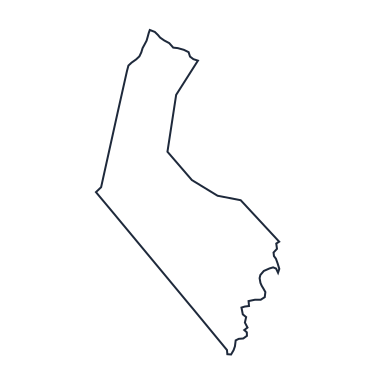 outline of Bernardo do Mearim, Maranhão, Brazil, rotated 35°
{"feature_id": "56859067B26424941839767", "entity_name": "Bernardo do Mearim", "entity_type": "district", "adm_level": 2, "iso_a3": "BRA", "parent_name": "Brazil", "parent_adm1": "Maranhão", "projection": "mercator", "projection_center": [-44.665, -4.668], "detail": "fine", "context": "isolated", "style": "outline", "palette": "slate", "viewbox_px": 384, "rotation_deg": 35, "n_neighbors": 0, "source": "geoboundaries", "source_scale": "gbopen_adm2", "svg_char_len": 1063}
<svg xmlns="http://www.w3.org/2000/svg" viewBox="0 0 384 384"><g transform="rotate(35 192 192)"><path d="M121.5,81.0L116.9,82.4L112.7,82.2L109.0,79.4L103.8,80.2L97.8,82.3L93.8,84.5L88.0,83.1L82.3,83.8L77.3,83.8L74.0,82.9L69.7,82.2L64.5,83.5L65.4,86.7L66.6,90.0L68.0,94.1L68.5,98.1L69.0,102.5L70.4,106.8L71.1,111.1L70.2,115.4L68.3,120.7L67.4,124.9L69.3,130.1L85.2,168.8L114.8,240.2L113.4,247.2L136.7,253.5L215.4,275.0L255.2,285.9L259.0,286.9L311.3,301.4L314.0,304.6L317.2,302.7L316.8,297.8L315.7,293.8L312.9,288.5L314.5,285.5L318.0,282.6L319.5,278.3L317.4,275.5L314.0,275.1L315.2,271.2L310.2,268.6L308.1,263.4L303.8,263.1L298.8,258.3L300.9,255.6L304.1,252.7L300.9,248.9L305.4,244.1L310.1,240.8L311.9,236.4L309.5,231.9L306.4,230.4L302.8,228.8L300.2,227.2L296.8,223.8L295.6,220.8L296.1,215.5L299.3,210.2L301.7,207.2L304.8,206.5L308.8,208.8L307.6,204.9L303.1,201.4L299.0,198.5L295.9,197.5L293.5,194.8L294.2,189.8L290.6,185.9L291.9,182.7L236.6,170.8L215.1,180.4L185.1,182.3L148.8,173.1L123.3,121.5L121.5,81.0Z" fill="none" stroke="#1e293b" stroke-width="2"/></g></svg>